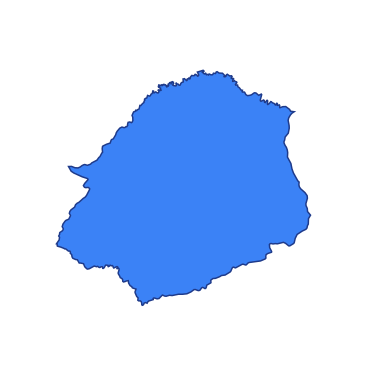 the district of San Pablo De Borbur, Boyacá, Colombia, rotated 39°
{"feature_id": "7082276B11762089183397", "entity_name": "San Pablo De Borbur", "entity_type": "district", "adm_level": 2, "iso_a3": "COL", "parent_name": "Colombia", "parent_adm1": "Boyacá", "projection": "mercator", "projection_center": [-74.122, 5.678], "detail": "fine", "context": "isolated", "style": "filled", "palette": "blue", "viewbox_px": 384, "rotation_deg": 39, "n_neighbors": 0, "source": "geoboundaries", "source_scale": "gbopen_adm2", "svg_char_len": 5973}
<svg xmlns="http://www.w3.org/2000/svg" viewBox="0 0 384 384"><g transform="rotate(39 192 192)"><path d="M270.0,235.7L272.0,230.1L272.0,229.1L271.1,226.0L271.1,224.9L271.7,224.1L273.3,223.8L273.7,223.3L276.5,216.6L277.2,215.9L279.6,215.0L280.0,214.5L280.3,211.7L280.8,210.8L288.6,202.5L291.0,198.0L291.0,196.8L289.9,195.7L289.0,194.0L289.6,192.1L291.7,188.8L291.3,188.1L287.4,186.4L285.2,184.1L285.2,183.2L285.8,182.3L287.6,181.4L289.2,179.7L291.0,178.5L294.7,173.6L297.0,173.0L301.0,173.0L301.6,172.6L301.9,172.3L303.3,168.4L303.4,167.2L301.4,163.1L300.4,158.8L302.3,152.9L304.0,149.3L304.0,147.6L302.9,145.5L302.6,143.8L299.3,139.4L298.7,135.4L294.1,134.5L291.9,132.2L289.3,130.9L287.9,129.5L285.6,124.2L283.8,122.4L280.3,121.4L274.3,121.1L272.1,120.4L270.4,119.0L269.0,116.9L267.1,116.7L258.9,113.4L255.1,111.1L250.9,107.6L244.2,104.8L241.6,101.2L239.5,99.3L237.2,97.9L235.0,97.2L232.7,96.0L231.8,95.0L231.3,93.3L229.8,90.7L229.8,85.7L227.4,81.2L225.6,79.2L221.6,75.8L220.5,73.5L220.0,70.2L220.1,67.9L220.9,65.3L217.7,67.2L215.9,66.4L211.1,66.6L208.8,68.6L207.3,71.2L206.9,71.1L205.7,69.6L205.3,69.4L204.9,69.4L204.1,70.8L203.5,71.0L202.8,69.7L202.1,69.6L201.9,71.9L200.2,71.5L198.1,72.1L197.0,71.9L196.3,72.2L196.4,74.5L195.9,76.3L195.6,76.4L195.1,76.0L194.1,74.4L193.2,73.4L192.7,73.4L192.5,73.7L192.6,76.4L191.9,76.6L190.6,75.5L189.8,75.4L188.5,78.1L187.9,78.1L187.2,77.6L184.9,72.5L184.2,72.3L183.0,74.9L179.5,74.8L178.3,75.4L177.8,76.2L177.1,78.9L176.3,80.2L174.6,82.1L173.7,82.3L172.5,82.4L170.3,81.4L169.7,81.4L168.3,82.6L167.8,82.5L167.2,81.2L165.9,81.9L163.3,81.2L161.4,81.3L160.1,80.2L158.7,81.4L158.1,81.1L158.0,78.9L157.8,78.5L157.3,78.4L155.9,78.9L154.9,78.8L154.4,80.1L154.0,80.4L153.0,78.9L153.3,78.1L153.1,77.8L152.3,77.9L151.2,78.9L150.7,78.8L150.4,77.0L149.6,76.8L148.2,78.1L145.3,78.3L145.0,79.3L145.5,80.7L145.4,81.3L144.5,82.2L144.2,82.1L144.1,80.9L141.0,80.5L138.2,82.5L135.8,82.7L135.3,83.5L135.7,85.1L133.9,86.2L134.2,87.7L133.9,88.2L133.0,89.0L131.2,89.4L131.0,89.8L131.2,90.6L130.3,90.6L129.6,91.7L129.1,91.8L128.2,91.1L127.8,91.1L127.4,92.4L127.1,92.5L124.6,92.4L124.6,92.2L125.3,91.3L125.3,90.5L124.4,90.3L124.0,90.5L120.7,95.4L123.1,96.5L123.7,97.0L123.7,98.2L123.4,98.5L122.2,98.1L120.6,98.4L120.3,98.8L120.7,99.8L119.6,101.0L118.5,101.5L118.4,103.6L119.2,105.1L119.0,105.5L118.2,105.1L117.8,105.4L118.0,106.3L117.3,106.9L117.2,107.3L117.8,108.1L117.8,108.7L115.6,108.8L114.9,108.6L113.9,109.8L115.9,111.9L115.0,113.6L115.0,114.7L115.5,116.2L115.3,116.7L114.7,117.1L113.3,116.9L112.5,117.4L111.3,117.2L111.1,117.6L112.8,119.0L112.7,119.7L111.1,120.7L110.0,121.0L109.6,120.9L109.5,119.3L108.7,119.2L108.5,118.4L107.3,118.6L107.1,118.9L107.5,120.9L106.9,120.6L106.6,120.0L105.8,121.1L106.0,122.1L105.6,123.3L106.7,123.7L106.9,124.7L105.8,125.1L106.4,125.9L106.2,126.2L103.9,125.4L103.0,126.3L102.4,126.0L101.9,126.8L102.0,127.9L101.8,128.2L101.0,127.8L100.5,128.9L98.8,129.7L98.9,130.1L100.4,130.3L100.5,130.6L99.7,131.3L100.1,131.6L102.3,131.1L102.5,131.9L103.9,132.3L103.8,132.8L103.2,133.2L101.7,133.7L101.6,134.2L102.9,134.5L103.3,135.0L103.3,136.4L102.4,136.9L100.9,137.0L100.4,137.4L100.3,138.6L99.9,139.0L99.2,139.0L98.5,137.8L98.0,138.0L98.5,139.3L98.9,139.8L99.0,140.8L98.6,141.7L99.0,143.4L98.6,144.2L96.7,144.9L97.7,147.5L96.9,148.5L96.7,149.7L97.0,150.1L97.5,150.2L97.7,151.8L98.3,152.7L97.9,154.4L97.8,157.0L97.0,157.5L98.6,160.7L97.7,162.7L97.8,163.6L96.8,163.9L97.1,165.2L96.2,166.5L97.2,170.2L98.9,171.2L101.1,173.7L101.5,175.6L101.2,176.3L99.6,176.7L98.5,178.1L99.4,180.1L100.1,180.7L100.2,182.3L99.6,182.6L99.3,184.1L98.6,184.8L96.7,185.6L95.7,187.8L95.6,191.7L95.9,193.7L96.7,195.6L97.4,200.2L96.5,201.9L96.6,202.8L97.6,205.5L95.5,208.7L93.8,212.4L93.8,212.9L94.9,214.8L97.5,217.4L97.4,218.5L98.2,222.5L97.9,223.8L98.1,227.1L95.8,232.4L95.6,234.3L93.9,237.1L91.4,238.1L90.7,239.0L89.9,240.7L89.4,242.8L88.3,245.0L85.8,246.8L82.3,247.9L80.0,249.9L85.0,251.9L88.3,251.6L97.1,249.3L102.1,247.4L103.0,247.4L103.4,247.8L103.2,252.8L103.6,255.4L105.5,256.0L106.7,255.5L108.4,253.8L109.2,253.7L110.3,253.8L110.9,254.7L112.2,261.1L112.2,263.3L111.5,265.4L110.6,271.2L109.8,273.0L109.5,275.2L110.3,277.6L109.2,282.0L109.3,283.9L110.1,285.8L112.2,286.6L112.5,287.0L113.3,290.7L111.9,293.3L111.7,294.6L111.9,298.0L112.9,300.6L115.0,301.5L115.5,302.3L115.7,303.6L114.8,306.6L114.9,307.1L115.8,308.4L116.1,310.1L117.5,310.5L118.9,312.8L119.3,317.6L120.0,317.3L121.2,318.7L121.7,318.7L124.7,317.4L127.9,316.4L128.7,316.4L129.6,315.7L133.1,315.7L134.2,314.8L135.3,315.2L135.9,316.2L137.9,316.4L139.6,317.9L141.1,318.5L144.1,317.7L145.6,316.8L149.0,318.2L150.2,317.3L152.8,316.0L155.7,317.6L158.5,317.9L159.4,317.6L160.5,316.2L162.6,311.1L164.9,310.1L165.5,309.1L167.1,309.1L167.6,308.9L168.0,308.5L168.3,307.5L169.2,306.6L169.7,306.6L170.7,307.5L171.0,307.4L171.4,306.1L170.9,303.3L171.3,302.8L172.9,301.9L173.2,302.4L173.9,302.7L174.4,301.8L174.4,300.4L175.7,300.2L176.2,299.4L177.2,299.4L178.4,300.2L179.1,300.3L180.3,297.6L180.7,297.1L181.4,297.0L181.7,297.2L181.7,298.6L182.1,298.7L182.7,297.5L183.6,297.6L184.4,298.6L185.4,301.1L186.1,301.9L188.8,302.9L190.1,303.7L192.2,303.4L193.4,303.9L194.4,305.0L195.4,305.0L196.5,303.5L197.0,302.4L198.3,301.0L200.1,302.7L202.7,303.7L204.8,303.5L205.8,304.0L206.5,303.9L209.6,302.7L210.6,305.5L211.2,306.1L214.8,308.0L216.7,308.2L218.0,310.2L219.0,310.2L220.5,309.1L221.6,309.2L222.9,310.1L223.8,311.1L224.6,311.4L225.0,311.0L225.2,309.9L224.7,308.4L225.6,307.1L227.1,306.7L226.8,305.2L226.9,304.1L229.6,300.0L228.8,299.2L228.8,298.8L229.6,298.0L232.1,297.0L233.4,295.5L233.8,291.0L234.0,290.6L236.2,290.1L237.5,289.3L239.5,286.4L241.7,285.0L245.9,279.9L248.8,277.6L252.1,274.3L254.1,270.2L255.0,266.6L256.0,265.7L258.7,264.8L259.4,264.3L260.0,263.3L259.8,260.5L260.1,259.6L261.2,259.1L262.6,259.0L263.3,258.4L263.1,257.1L262.1,255.1L263.8,250.8L263.7,250.4L262.1,248.8L262.7,246.1L264.6,244.3L266.8,240.4L267.5,238.3L270.0,235.7Z" fill="#3b82f6" stroke="#1e3a8a" stroke-width="1.5"/></g></svg>